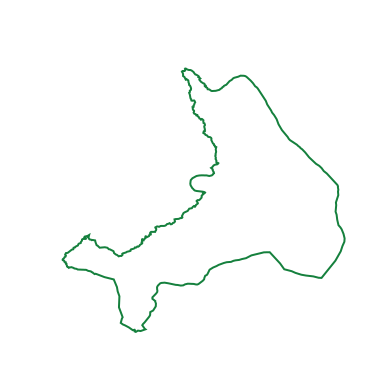 Tsorona, Debub, Eritrea (Mercator projection), rotated 75°
{"feature_id": "51966322B5421024020858", "entity_name": "Tsorona", "entity_type": "district", "adm_level": 2, "iso_a3": "ERI", "parent_name": "Eritrea", "parent_adm1": "Debub", "projection": "mercator", "projection_center": [39.222, 14.605], "detail": "fine", "context": "isolated", "style": "outline", "palette": "green", "viewbox_px": 384, "rotation_deg": 75, "n_neighbors": 0, "source": "geoboundaries", "source_scale": "gbopen_adm2", "svg_char_len": 6041}
<svg xmlns="http://www.w3.org/2000/svg" viewBox="0 0 384 384"><g transform="rotate(75 192 192)"><path d="M224.3,49.5L222.9,49.7L209.0,57.0L205.9,59.3L202.5,60.6L199.7,62.3L196.9,64.9L188.8,69.9L183.1,72.4L179.3,74.5L177.7,75.8L176.5,76.3L175.2,77.4L173.5,78.4L167.3,83.9L165.6,84.8L163.7,85.3L155.5,89.1L149.0,90.9L143.6,91.4L138.9,92.8L136.0,94.1L133.7,94.5L126.9,96.7L123.1,97.1L109.0,101.7L107.5,102.5L106.3,103.6L102.7,104.9L99.6,106.5L95.2,109.3L94.0,110.3L93.2,111.7L92.2,115.0L92.6,117.5L92.6,121.6L92.9,122.9L94.0,124.7L94.6,127.0L97.3,131.1L97.6,133.0L97.9,133.9L98.4,134.3L98.6,135.4L99.5,136.5L99.7,137.8L100.4,139.0L100.4,142.9L99.6,146.7L99.0,147.5L97.4,148.7L96.8,150.3L95.3,150.3L94.5,151.3L93.9,151.2L93.5,152.0L93.0,152.3L92.6,152.2L92.4,151.5L91.7,152.0L91.0,151.9L90.5,152.1L90.0,152.9L88.0,154.7L85.7,155.8L85.0,155.8L84.5,154.6L83.5,155.3L83.1,155.3L82.6,156.1L82.0,155.6L81.7,155.7L79.8,157.5L79.4,158.3L78.0,159.0L76.6,159.4L74.6,160.9L73.8,161.9L73.3,163.5L72.5,164.8L71.2,166.0L71.0,166.6L71.3,167.0L72.1,166.8L72.7,167.1L73.2,167.8L72.7,169.9L73.2,170.6L74.2,170.2L75.7,170.1L77.7,170.6L79.0,169.5L81.8,169.0L81.5,168.0L82.5,167.6L82.9,166.9L83.4,166.7L85.3,167.0L86.5,166.8L87.8,167.1L88.7,166.4L90.4,166.1L91.8,166.1L93.0,166.6L93.6,167.9L94.8,168.1L95.4,169.1L97.5,168.9L100.9,169.2L101.7,169.1L102.1,168.8L103.5,168.9L103.9,168.2L104.1,166.3L104.5,166.0L106.2,165.7L107.1,166.7L108.3,167.3L109.0,168.3L110.1,168.3L110.4,168.6L110.2,169.5L112.7,169.8L113.9,169.0L114.4,169.0L115.8,169.9L117.0,169.5L117.7,168.4L119.0,168.0L118.8,167.3L119.0,166.9L120.4,166.9L121.2,166.1L122.9,165.8L123.7,164.7L124.4,164.7L124.5,164.3L124.0,163.7L124.3,163.2L125.7,162.4L126.6,162.8L128.4,163.0L128.9,162.2L130.4,162.1L130.8,162.2L131.6,163.1L132.2,163.3L134.9,163.3L135.6,163.8L136.4,163.6L136.7,163.9L136.4,164.6L136.5,165.0L137.9,165.8L139.4,164.4L140.3,164.2L141.2,162.9L142.9,162.1L143.8,160.2L144.7,159.5L145.5,159.4L146.8,159.9L150.6,159.2L151.4,158.4L151.8,158.3L152.5,158.6L153.5,157.9L154.1,158.1L154.6,157.8L154.7,157.1L154.9,156.9L156.8,158.0L159.5,158.3L161.5,159.5L162.4,159.5L163.2,160.2L165.3,160.1L166.1,160.7L167.9,160.3L169.6,160.8L170.0,160.7L170.6,159.4L171.0,159.1L171.5,159.7L171.8,160.5L171.6,162.7L171.9,164.2L173.3,166.0L173.7,167.3L175.5,166.1L176.6,166.4L178.5,165.8L179.5,165.9L179.5,166.5L180.3,166.9L181.1,168.6L181.0,171.2L179.7,173.7L178.3,178.8L177.9,180.8L177.7,183.5L178.8,188.0L180.2,190.1L181.0,190.5L183.6,191.5L185.2,191.6L188.4,190.7L189.2,190.1L190.2,189.7L191.3,188.9L192.2,187.3L194.5,181.5L195.2,180.2L195.9,179.5L196.2,179.8L196.1,180.2L196.4,180.6L196.0,181.4L196.1,181.8L197.1,181.7L197.8,183.3L198.3,183.8L199.1,183.8L200.0,184.3L201.4,186.5L201.7,187.4L201.3,188.5L201.5,189.3L201.9,189.9L204.2,189.2L204.6,189.3L205.5,191.4L207.0,192.8L206.9,193.2L206.1,193.4L206.0,193.7L206.7,195.3L207.6,196.3L207.4,199.0L209.2,201.1L209.7,204.2L210.1,205.6L212.7,208.0L213.9,207.8L214.3,208.1L214.5,208.8L214.2,209.8L214.5,211.8L213.9,215.0L213.9,216.0L216.2,216.1L217.0,217.5L216.9,218.3L217.8,219.8L217.7,220.9L216.3,221.7L216.6,223.2L216.5,224.3L217.5,226.1L217.6,227.4L216.7,231.1L217.1,232.7L216.2,234.6L216.7,236.6L217.3,236.6L218.1,236.1L219.1,236.3L219.6,236.6L220.1,237.3L221.0,237.9L219.9,241.8L220.4,242.8L220.9,243.2L221.8,242.6L222.4,242.8L222.6,244.5L223.5,245.0L224.0,247.5L223.0,247.8L222.8,248.3L223.4,248.8L224.7,249.2L225.3,250.5L226.0,251.1L225.1,251.6L224.7,252.1L224.8,252.5L225.8,252.9L226.7,252.9L227.5,253.7L228.4,253.2L228.8,253.5L229.6,255.9L230.5,256.9L230.9,258.0L230.5,258.6L230.5,259.0L231.2,260.1L230.8,261.5L231.5,262.0L231.7,264.1L231.6,265.6L232.0,266.3L232.8,266.5L233.0,267.1L232.9,270.3L233.3,271.4L233.4,274.8L233.7,275.4L234.7,275.4L235.5,276.7L235.1,278.2L235.2,279.4L233.4,280.7L232.7,281.7L230.8,283.1L229.0,283.1L228.6,283.4L226.1,286.2L225.7,287.2L224.0,288.1L222.8,290.5L221.9,295.6L219.4,297.1L218.7,297.9L215.6,298.2L213.7,298.1L212.6,300.4L212.6,301.3L211.7,302.1L211.4,303.1L210.8,303.5L209.4,303.7L209.0,304.1L208.3,303.3L206.9,302.5L207.4,304.2L207.3,307.1L207.8,307.7L209.3,306.4L209.8,306.8L209.1,309.4L209.4,310.5L210.5,310.9L211.6,312.3L212.5,312.7L212.6,314.6L213.0,315.3L214.1,316.0L214.7,318.9L215.2,319.2L215.3,319.7L215.2,320.8L216.6,321.5L216.5,322.6L216.9,323.8L218.6,327.8L218.4,329.6L219.3,330.2L219.4,330.6L219.8,330.8L220.8,330.3L221.7,330.9L221.9,331.9L222.6,332.5L223.0,333.2L223.3,333.4L223.4,334.1L223.7,334.4L224.3,334.5L225.6,333.2L226.6,333.2L227.2,332.2L227.8,332.5L228.6,331.9L229.0,332.3L230.6,331.8L231.4,332.0L232.3,331.6L232.4,331.1L233.4,330.6L233.1,329.5L233.4,328.7L233.4,327.9L234.8,325.9L235.4,325.5L236.3,323.5L237.3,322.4L239.8,314.4L241.3,312.7L242.5,310.2L243.4,309.7L243.8,308.9L244.6,308.5L246.1,307.3L246.0,306.4L246.4,305.7L251.6,298.5L256.2,290.2L264.5,289.1L268.7,289.5L273.9,289.1L284.5,292.4L295.0,291.4L296.2,292.5L300.0,294.7L302.1,293.0L303.5,291.2L306.5,288.0L310.1,285.0L310.2,283.1L310.8,282.9L311.8,283.5L312.6,282.5L311.9,280.1L313.0,277.6L312.6,272.5L311.8,273.1L307.8,274.5L307.0,273.7L305.6,271.4L301.2,265.4L300.0,264.3L297.2,263.4L296.4,260.2L293.1,256.6L290.4,255.7L288.2,255.9L287.8,255.7L284.9,257.9L283.5,257.5L280.7,252.8L279.5,251.4L278.0,250.9L277.1,250.9L274.9,250.4L273.6,249.2L272.0,246.4L271.9,245.1L272.5,241.9L274.0,238.6L277.5,231.7L278.1,229.9L279.5,227.0L279.9,224.6L279.4,222.6L279.5,219.7L281.3,214.0L282.2,212.4L282.7,211.0L282.6,209.6L280.6,204.7L279.5,202.9L278.2,202.3L276.3,200.9L276.0,199.2L275.2,198.2L271.6,195.1L270.4,191.1L269.9,187.5L269.3,185.1L268.8,179.5L268.8,176.6L269.6,172.4L269.2,169.8L269.3,167.5L269.8,164.1L269.7,160.9L269.9,157.0L268.6,151.0L268.9,138.1L270.3,132.5L283.8,125.4L290.5,122.9L294.3,116.2L296.9,113.0L300.2,107.8L302.2,103.5L304.9,96.7L307.6,91.9L308.5,89.1L295.5,71.3L287.8,63.7L283.2,60.7L279.5,57.7L276.3,56.6L271.6,56.5L266.8,57.1L264.6,57.8L262.0,59.1L256.4,58.9L251.3,58.2L248.2,58.4L242.0,56.1L239.4,55.7L232.9,51.5L229.5,50.9L227.7,50.1L224.9,49.8L224.3,49.5Z" fill="none" stroke="#15803d" stroke-width="2"/></g></svg>